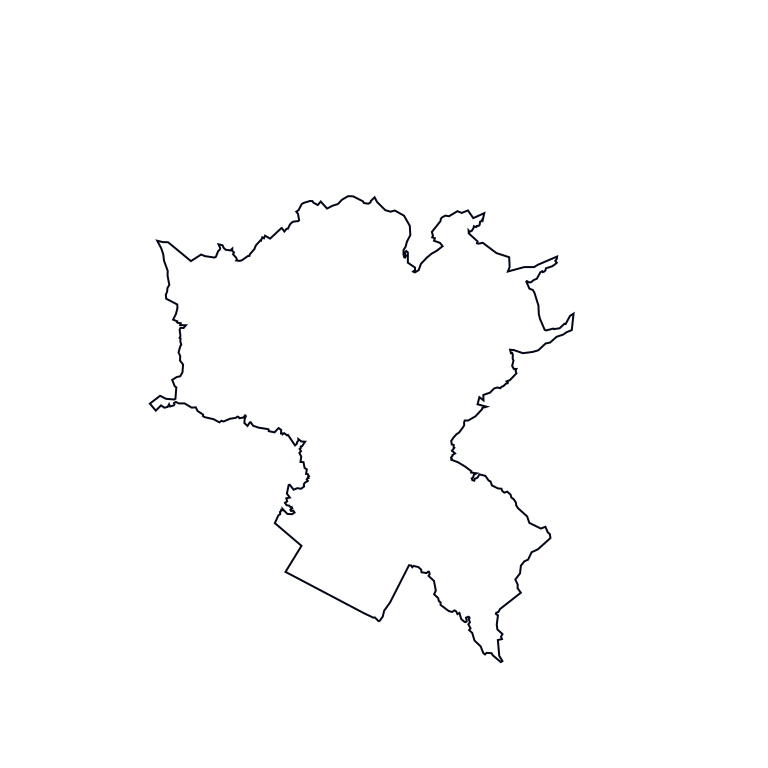 Beica De Jos, Mures, Romania, rotated 219°
{"feature_id": "2599482B29333301667033", "entity_name": "Beica De Jos", "entity_type": "district", "adm_level": 2, "iso_a3": "ROU", "parent_name": "Romania", "parent_adm1": "Mures", "projection": "mercator", "projection_center": [24.821, 46.717], "detail": "fine", "context": "isolated", "style": "outline", "palette": "ink", "viewbox_px": 768, "rotation_deg": 219, "n_neighbors": 0, "source": "geoboundaries", "source_scale": "gbopen_adm2", "svg_char_len": 6166}
<svg xmlns="http://www.w3.org/2000/svg" viewBox="0 0 768 768"><g transform="rotate(219 384 384)"><path d="M410.2,573.1L413.6,579.9L419.0,569.1L428.0,571.7L431.3,565.8L435.7,564.5L439.0,555.4L442.3,553.4L443.7,550.1L443.8,548.1L442.6,546.2L442.5,532.3L439.2,530.0L438.8,528.3L436.2,529.3L435.3,526.8L429.3,528.9L425.2,528.0L426.8,520.8L429.0,515.4L430.2,509.5L430.9,500.6L428.7,494.3L430.2,490.2L432.1,489.7L431.6,492.1L433.2,494.0L441.8,493.3L448.3,501.3L450.4,501.4L450.5,500.7L450.0,498.4L447.6,497.5L447.2,495.5L448.1,495.2L450.6,497.2L453.2,500.5L453.5,504.0L455.8,509.2L457.2,516.2L463.4,523.1L474.4,527.4L484.8,525.6L487.4,522.0L492.4,519.9L504.0,521.1L508.8,523.2L509.4,518.1L508.8,516.6L509.7,514.2L513.5,512.0L515.5,512.7L526.1,510.4L530.1,507.4L532.6,500.8L533.1,494.8L536.1,490.3L538.7,484.5L548.0,486.0L548.1,481.4L552.9,480.5L554.8,481.1L556.7,479.6L560.2,474.5L561.2,472.1L559.8,465.3L560.6,462.7L557.9,462.1L553.0,457.8L553.2,456.6L556.7,453.1L557.2,451.6L557.5,448.8L556.4,444.2L557.4,443.3L557.4,439.8L561.6,440.9L561.9,440.2L564.0,425.3L569.8,424.4L569.0,421.7L570.9,421.4L569.8,418.0L570.4,417.9L570.8,411.0L569.6,407.2L569.9,400.4L569.2,398.8L570.3,397.8L572.3,390.7L573.8,388.7L576.5,387.1L576.5,388.0L578.3,389.1L582.9,389.8L583.5,391.9L585.7,391.9L587.1,393.7L587.5,391.1L591.5,388.7L594.3,388.9L596.8,390.2L600.5,388.4L596.8,386.5L596.2,385.2L596.5,382.8L594.7,377.1L595.3,375.6L603.6,370.7L607.6,369.5L611.4,358.0L641.0,358.3L645.0,355.2L650.4,352.6L642.6,349.3L637.2,345.9L632.6,341.4L623.3,335.8L620.3,331.9L613.2,325.9L612.7,322.3L610.7,319.4L609.7,316.0L606.9,313.2L594.7,315.7L592.3,313.0L589.8,307.6L588.4,301.3L584.1,302.6L583.9,301.8L582.8,301.7L580.2,303.3L579.5,301.5L574.9,305.0L575.0,301.4L577.5,299.5L577.0,297.6L572.3,293.1L571.9,291.2L570.7,291.3L569.3,289.1L566.2,286.8L566.2,285.5L563.6,279.3L560.0,277.5L557.2,273.8L552.4,272.7L548.0,266.3L547.2,261.8L549.5,258.9L551.2,253.9L545.1,250.5L543.3,250.7L536.8,241.3L537.3,239.9L544.1,235.3L550.6,233.9L553.6,221.4L544.6,219.7L543.8,227.0L539.7,227.4L537.7,230.1L538.3,233.0L536.1,231.9L533.9,235.1L533.9,236.1L535.2,237.0L534.5,239.1L531.4,239.7L526.8,243.4L518.6,244.6L515.6,247.4L511.9,245.7L505.3,246.4L504.6,245.2L502.6,245.3L494.3,249.4L487.8,250.6L487.2,253.1L485.1,253.9L481.8,260.1L477.8,264.5L477.5,266.2L476.5,266.9L474.8,266.4L472.1,269.6L472.2,272.2L471.1,272.1L470.3,269.1L467.9,265.8L463.7,265.5L464.1,269.7L463.6,270.4L459.4,269.2L453.9,271.2L445.8,275.9L444.9,276.0L443.9,274.8L438.7,277.5L438.2,283.4L435.0,283.6L432.9,280.8L432.2,281.5L431.2,281.0L430.6,283.0L427.0,283.1L426.6,284.0L414.5,280.3L414.1,282.6L414.9,283.9L415.0,286.3L415.9,287.3L412.1,287.3L409.0,289.5L408.5,284.1L409.4,283.0L408.4,281.8L408.7,280.4L406.2,279.6L406.4,277.2L402.6,275.5L399.9,270.9L397.4,272.6L392.9,268.8L390.3,269.1L388.0,265.1L386.6,266.0L384.3,265.1L384.7,264.4L383.5,263.4L384.2,262.8L384.0,261.2L382.2,260.8L383.4,257.4L383.1,255.5L381.6,254.1L382.5,250.4L385.8,248.5L387.7,245.0L393.9,246.4L394.5,245.5L390.5,237.7L385.7,236.5L388.0,233.7L385.4,231.8L386.2,229.3L383.5,228.5L381.0,229.8L378.2,229.2L378.1,230.1L377.4,229.6L377.0,230.7L377.6,227.3L376.3,226.8L374.8,228.5L372.6,227.8L373.6,224.9L377.3,222.2L384.3,223.1L383.4,222.1L384.7,221.6L384.0,219.9L384.3,219.2L382.8,217.5L383.4,215.4L381.3,207.2L346.3,206.3L342.3,176.0L255.1,193.3L245.3,195.7L244.2,196.8L239.0,196.3L238.3,197.2L238.6,202.5L241.2,207.9L241.8,218.0L250.5,258.9L248.8,260.0L246.7,259.4L246.6,261.2L242.0,263.4L238.3,263.1L236.4,261.3L232.0,263.8L231.6,265.9L230.9,266.4L228.9,265.1L228.6,262.9L221.2,262.4L213.7,256.0L212.7,252.1L207.2,251.7L204.7,249.8L202.6,249.9L201.0,247.9L190.6,248.3L187.6,249.8L186.7,252.5L184.8,252.7L182.1,251.4L181.3,253.5L176.0,249.9L171.7,249.8L170.6,250.4L170.4,251.8L173.2,254.0L171.9,256.3L170.8,256.4L170.2,256.0L170.2,254.6L167.3,252.9L167.2,250.3L163.0,248.6L163.0,246.3L158.8,246.1L152.3,241.6L143.7,240.9L137.6,237.4L135.3,237.4L135.1,239.6L131.0,242.5L128.6,241.6L118.2,241.4L117.6,243.2L123.4,245.3L134.4,256.7L131.8,260.0L134.1,261.3L134.5,264.2L141.4,264.6L145.0,268.0L149.8,275.9L152.3,275.7L152.8,277.0L151.6,278.8L152.2,282.2L146.3,307.9L151.7,309.4L153.8,312.2L158.9,314.7L159.1,322.4L163.3,329.0L163.3,334.6L161.5,338.1L163.4,346.2L160.4,352.3L157.7,369.0L160.6,371.7L163.4,371.8L168.7,374.6L171.1,370.4L183.6,367.5L189.5,371.2L201.7,371.8L204.9,372.9L206.8,374.8L210.7,376.1L213.5,375.9L216.1,377.7L220.5,377.9L222.1,375.3L224.8,375.3L226.8,376.5L229.7,374.6L236.3,373.1L239.9,375.3L241.8,374.8L247.4,376.4L253.0,373.8L252.4,369.9L253.8,367.6L253.0,365.7L254.8,364.9L256.4,365.9L255.9,367.1L257.0,370.1L255.9,372.8L260.6,370.0L261.2,371.2L268.9,370.9L277.5,369.7L284.0,367.5L284.0,368.4L285.6,368.9L285.5,371.0L286.1,371.6L285.1,374.8L289.2,374.9L289.2,378.7L290.1,378.7L291.5,380.5L293.3,379.7L295.9,382.0L296.3,386.0L296.1,390.2L295.1,393.7L295.4,400.4L295.8,402.6L297.5,404.4L298.3,406.4L295.6,408.6L292.6,416.4L291.9,426.0L292.5,427.3L290.0,430.9L298.5,427.1L301.6,433.8L296.4,433.9L299.9,438.0L296.2,444.0L295.6,449.9L293.7,452.6L290.9,454.0L291.0,455.6L289.9,457.4L289.4,461.2L288.4,462.4L288.9,463.3L290.3,463.3L288.6,466.2L287.8,475.7L290.2,477.2L290.6,479.0L292.6,477.4L295.8,478.7L298.1,483.7L299.9,484.6L302.4,487.9L304.0,488.8L304.7,487.8L307.6,490.0L304.6,492.0L295.4,495.4L288.7,502.4L285.3,507.3L283.9,517.2L281.0,520.8L279.6,529.3L276.0,534.9L274.6,539.3L272.0,544.1L281.0,558.0L282.3,554.0L280.6,544.9L281.7,544.3L282.6,537.8L286.5,533.6L287.3,533.6L291.7,527.7L293.2,527.2L303.8,532.8L307.5,535.6L313.4,542.2L324.7,549.7L327.6,550.7L331.0,549.6L337.8,553.1L337.7,553.9L335.3,554.2L333.8,555.6L333.0,559.2L331.5,562.0L332.8,569.2L332.0,571.2L331.0,570.9L330.2,572.3L330.0,573.9L331.0,575.8L327.6,580.9L326.5,584.2L326.0,587.0L328.4,587.5L328.4,589.9L329.7,592.0L339.4,573.6L340.9,569.4L348.7,563.0L358.5,549.4L360.0,554.0L366.5,561.3L379.0,556.5L396.1,555.9L398.8,552.6L400.3,551.9L401.0,553.7L412.9,554.4L414.8,556.5L413.2,556.2L412.2,558.2L412.5,561.2L413.4,563.2L411.5,563.6L411.0,564.3L411.4,565.2L409.9,566.6L409.8,567.8L411.5,570.6L410.9,571.5L411.1,573.3L410.2,573.1Z" fill="none" stroke="#020617" stroke-width="2"/></g></svg>